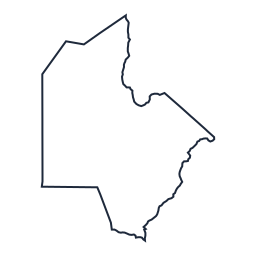 outline of Matões do Norte, Maranhão, Brazil
{"feature_id": "56859067B74601498618575", "entity_name": "Matões do Norte", "entity_type": "district", "adm_level": 2, "iso_a3": "BRA", "parent_name": "Brazil", "parent_adm1": "Maranhão", "projection": "robinson", "projection_center": [-44.413, -3.75], "detail": "fine", "context": "isolated", "style": "outline", "palette": "slate", "viewbox_px": 256, "rotation_deg": 0, "n_neighbors": 0, "source": "geoboundaries", "source_scale": "gbopen_adm2", "svg_char_len": 1958}
<svg xmlns="http://www.w3.org/2000/svg" viewBox="0 0 256 256"><path d="M42.5,181.5L41.8,186.7L97.3,187.3L100.3,194.5L110.9,222.7L111.8,229.6L114.6,229.6L116.5,230.6L118.6,232.2L120.9,232.7L122.5,232.4L124.7,232.6L127.1,233.6L129.3,234.6L131.6,234.9L133.9,234.5L135.5,235.6L135.9,237.6L138.3,237.2L140.4,237.2L142.0,237.7L143.3,239.4L145.0,240.6L144.8,238.5L145.4,235.6L145.4,232.8L144.2,229.6L145.7,229.0L143.6,227.0L146.0,224.8L147.4,223.2L148.0,221.5L149.3,220.6L151.6,219.6L154.5,217.3L156.1,216.0L157.2,214.3L158.4,210.5L158.8,207.8L159.6,206.2L161.5,205.4L163.5,202.8L166.4,201.0L168.4,199.1L171.5,198.2L173.4,196.7L173.3,194.3L175.0,193.0L175.9,190.5L177.0,188.5L178.3,186.9L179.8,185.6L180.8,183.8L182.2,181.9L181.2,179.8L180.6,178.2L179.7,176.2L179.4,173.9L179.7,172.0L180.4,170.0L181.1,168.2L182.2,166.4L182.4,163.1L184.1,161.3L186.2,161.3L187.9,161.0L188.3,159.2L189.9,157.7L190.2,155.6L187.9,152.6L189.6,151.1L190.6,148.8L192.5,147.9L194.5,146.0L196.4,144.1L197.4,141.6L199.2,140.9L200.2,139.4L202.0,139.2L203.5,138.6L205.3,138.4L207.2,138.5L208.4,140.4L210.3,141.5L212.6,140.7L214.2,139.2L214.1,137.1L207.7,131.4L205.6,129.4L196.3,121.1L193.3,118.4L190.5,116.0L182.2,108.5L164.5,93.0L159.8,94.9L157.7,93.8L154.5,93.7L151.5,94.5L149.7,96.4L149.8,99.5L148.4,102.4L146.4,102.8L145.0,104.5L143.6,105.2L141.3,106.1L138.7,105.3L136.4,104.0L134.2,101.6L133.6,99.1L133.0,97.3L132.7,94.9L132.3,93.0L132.4,90.6L130.6,89.2L129.9,87.5L128.3,87.4L126.6,87.4L124.8,85.4L123.4,84.2L122.9,82.5L122.3,79.7L122.0,76.7L122.8,74.4L122.4,72.2L123.5,68.7L124.0,67.0L123.9,64.9L124.4,63.2L125.2,61.7L125.7,59.6L127.9,57.5L129.2,55.8L128.5,53.4L127.8,51.4L127.8,48.0L128.1,45.7L128.3,42.6L129.9,39.5L128.4,37.7L128.4,34.5L127.9,31.9L127.9,29.4L128.4,25.2L128.7,22.8L128.0,21.3L126.4,19.4L125.7,17.4L125.8,15.4L100.0,33.0L87.3,42.0L83.9,44.4L66.0,41.3L42.3,74.2L42.3,80.1L42.4,120.0L42.4,131.3L42.5,175.3L42.5,181.5Z" fill="none" stroke="#1e293b" stroke-width="2"/></svg>